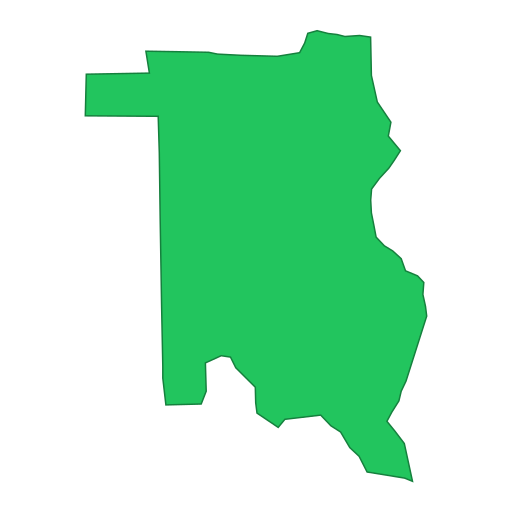 Brochier, Rio Grande do Sul, Brazil
{"feature_id": "56859067B84298385031191", "entity_name": "Brochier", "entity_type": "district", "adm_level": 2, "iso_a3": "BRA", "parent_name": "Brazil", "parent_adm1": "Rio Grande do Sul", "projection": "orthographic", "projection_center": [-51.611, -29.544], "detail": "fine", "context": "isolated", "style": "filled", "palette": "green", "viewbox_px": 512, "rotation_deg": 0, "n_neighbors": 0, "source": "geoboundaries", "source_scale": "gbopen_adm2", "svg_char_len": 999}
<svg xmlns="http://www.w3.org/2000/svg" viewBox="0 0 512 512"><path d="M337.0,34.5L328.2,33.5L317.1,30.7L307.8,33.3L304.7,43.0L299.6,52.7L277.3,56.3L240.9,55.3L217.5,54.1L208.7,52.3L176.5,51.7L145.9,51.2L149.4,73.1L86.3,74.2L85.3,115.8L158.2,116.3L159.3,152.9L160.2,220.1L161.6,305.8L162.8,366.4L162.8,378.1L165.9,404.9L201.2,404.0L206.2,391.2L205.4,362.9L221.2,355.7L230.5,357.1L235.8,367.8L255.3,387.2L255.7,402.8L257.0,413.1L278.2,427.4L284.9,419.3L320.7,415.1L330.9,425.8L340.6,432.0L349.8,447.6L359.1,456.3L367.1,472.0L404.6,478.1L412.5,481.3L404.3,443.5L394.8,431.0L386.9,421.3L391.9,412.0L398.9,400.9L401.2,391.2L406.0,381.1L426.7,316.1L425.5,306.4L422.9,294.5L423.8,282.5L417.6,275.9L405.5,270.8L401.2,258.7L392.8,251.0L384.3,245.8L376.1,237.1L373.8,225.0L371.4,212.9L370.7,200.1L371.6,189.0L379.5,178.3L388.8,168.2L394.2,160.4L400.4,150.7L388.3,136.1L390.9,122.2L377.3,102.0L371.4,75.5L370.6,37.1L359.6,35.5L344.9,36.5L337.0,34.5Z" fill="#22c55e" stroke="#15803d" stroke-width="1.5"/></svg>